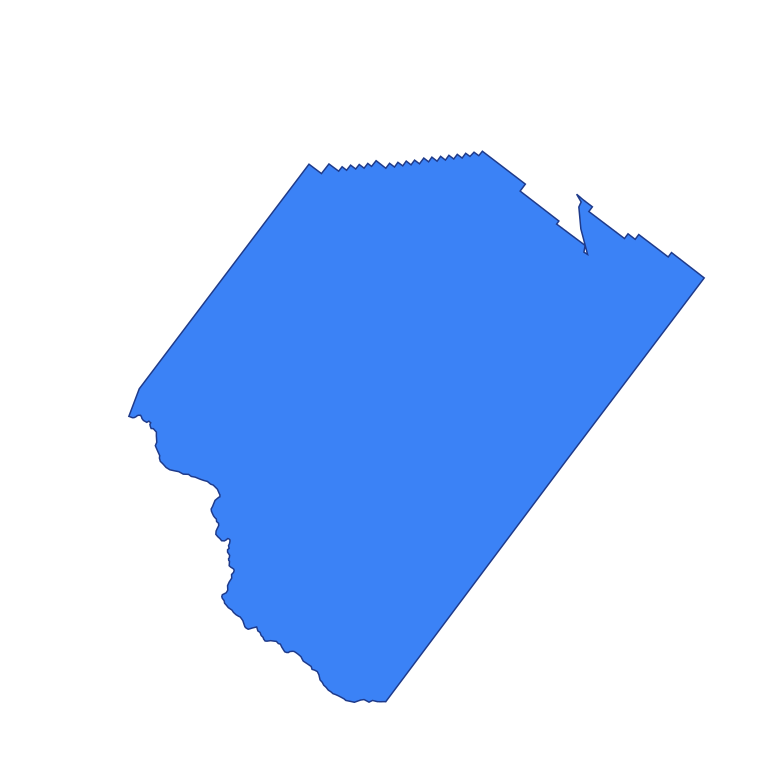 the district of Churchill, Nevada, United States of America, rotated 127°
{"feature_id": "52423323B65093392652388", "entity_name": "Churchill", "entity_type": "district", "adm_level": 2, "iso_a3": "USA", "parent_name": "United States of America", "parent_adm1": "Nevada", "projection": "equal_earth", "projection_center": [-117.959, 39.537], "detail": "fine", "context": "isolated", "style": "filled", "palette": "blue", "viewbox_px": 768, "rotation_deg": 127, "n_neighbors": 0, "source": "geoboundaries", "source_scale": "gbopen_adm2", "svg_char_len": 2991}
<svg xmlns="http://www.w3.org/2000/svg" viewBox="0 0 768 768"><g transform="rotate(127 384 384)"><path d="M253.6,576.2L535.1,576.6L563.4,568.3L563.1,567.5L562.5,565.2L562.2,564.4L561.2,563.3L560.1,562.7L558.9,562.2L557.7,562.0L556.7,561.2L555.5,559.6L556.2,557.9L557.2,556.6L557.9,554.2L557.4,550.4L555.2,549.4L555.4,546.9L557.1,546.7L558.4,545.2L559.7,543.2L558.5,541.3L559.4,536.8L562.4,534.6L567.3,530.4L570.9,529.5L573.8,524.4L576.2,520.0L578.3,518.8L580.4,516.1L580.8,512.8L581.8,507.8L581.4,503.4L579.1,498.4L577.5,495.1L576.8,490.1L573.8,485.7L573.8,482.3L572.0,478.7L570.7,473.6L569.5,469.9L568.1,466.4L568.3,462.2L567.5,459.6L568.3,453.7L570.5,449.9L571.3,448.3L572.9,447.2L573.9,447.8L578.6,448.9L582.5,447.9L585.1,447.2L587.9,446.8L589.5,445.2L590.8,442.9L591.9,440.8L592.5,438.7L592.7,436.7L594.6,434.9L594.8,432.3L596.6,430.8L599.8,430.2L602.5,429.6L605.3,427.8L606.0,424.7L606.2,422.1L606.9,419.4L605.4,417.1L603.5,416.2L601.5,415.8L601.1,415.0L601.1,413.5L601.9,412.6L604.3,411.4L606.7,410.9L608.5,408.8L610.5,409.2L612.4,407.8L613.7,404.2L615.8,403.0L617.1,403.0L618.3,401.9L618.5,400.8L620.4,399.5L622.3,398.3L622.5,396.0L622.3,394.1L622.3,392.6L623.2,391.4L625.0,390.8L627.9,391.1L630.7,388.8L635.2,388.5L639.2,387.6L641.1,386.0L642.7,384.7L645.7,384.4L649.6,386.3L651.4,385.6L652.5,384.1L653.3,381.2L655.0,379.4L655.5,376.9L656.3,373.7L656.2,372.1L656.1,369.3L657.0,366.7L657.3,363.4L657.0,360.3L656.6,358.7L657.3,356.3L657.9,354.4L659.7,351.8L661.6,349.0L661.9,347.3L661.6,344.9L660.2,343.8L657.7,342.0L656.4,340.9L654.7,339.5L655.7,338.0L657.1,336.2L657.0,333.5L658.8,330.7L659.1,328.1L660.1,326.7L660.8,324.3L659.8,322.7L657.2,320.1L655.7,317.4L654.3,315.0L654.9,312.2L654.1,310.2L655.6,307.4L656.7,304.6L657.6,302.1L657.0,300.1L655.9,298.7L654.5,298.3L652.6,296.3L651.7,294.9L651.5,292.2L651.5,289.6L651.7,286.3L652.9,283.9L653.9,281.7L653.7,278.4L653.4,272.2L655.2,269.7L654.3,267.3L653.8,264.2L655.4,261.0L658.8,257.0L659.5,253.6L660.8,250.9L661.1,247.7L662.0,244.3L661.8,241.3L662.0,238.3L661.3,236.3L660.5,232.9L660.0,229.9L659.5,226.5L659.7,224.1L658.8,222.2L657.4,219.2L656.0,216.1L653.1,214.2L650.4,212.4L648.0,210.0L647.1,204.5L643.6,202.7L641.7,198.2L639.8,195.5L637.4,192.5L636.7,191.4L334.6,192.4L106.6,192.1L106.0,233.5L111.5,233.5L111.3,270.5L117.3,270.5L117.2,279.5L123.1,279.5L123.0,324.2L117.1,324.2L117.0,336.5L116.5,344.4L120.0,336.1L125.4,334.9L141.6,320.2L158.0,299.4L158.4,303.7L152.3,306.8L152.4,342.4L148.6,342.4L148.0,391.4L139.3,391.4L138.9,445.5L144.6,445.7L144.7,451.6L150.5,452.3L150.6,457.6L156.5,457.6L156.5,463.7L162.3,463.7L162.3,469.8L168.2,469.7L168.1,475.8L174.1,475.7L174.0,482.3L179.7,482.1L179.6,488.2L186.8,488.2L186.8,494.3L192.7,494.3L192.6,500.4L198.5,500.3L198.6,506.3L204.4,506.2L204.4,512.4L210.6,512.4L210.4,524.7L217.7,524.9L217.6,529.7L223.6,529.8L223.6,535.9L229.3,536.0L229.3,542.4L235.8,542.5L235.7,548.2L241.3,548.3L241.4,560.4L253.6,560.6L253.6,576.2Z" fill="#3b82f6" stroke="#1e3a8a" stroke-width="1.5"/></g></svg>